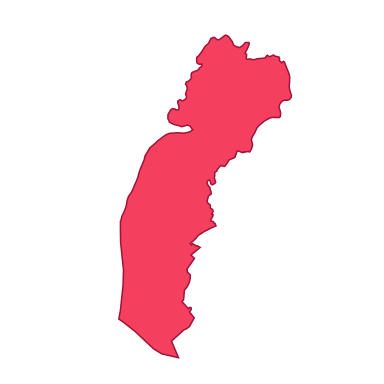 Menbij, Aleppo, Syria (Equal Earth projection), rotated 25°
{"feature_id": "27442178B68936835306318", "entity_name": "Menbij", "entity_type": "district", "adm_level": 2, "iso_a3": "SYR", "parent_name": "Syria", "parent_adm1": "Aleppo", "projection": "equal_earth", "projection_center": [38.131, 36.027], "detail": "fine", "context": "isolated", "style": "filled", "palette": "rose", "viewbox_px": 384, "rotation_deg": 25, "n_neighbors": 0, "source": "geoboundaries", "source_scale": "gbopen_adm2", "svg_char_len": 5825}
<svg xmlns="http://www.w3.org/2000/svg" viewBox="0 0 384 384"><g transform="rotate(25 192 192)"><path d="M134.2,179.3L135.0,182.8L135.2,186.8L135.3,190.9L135.3,191.0L135.3,191.7L135.7,195.4L135.9,197.4L136.7,201.5L137.0,205.5L137.0,209.9L137.2,213.4L137.2,217.9L136.6,221.3L136.3,222.8L136.5,224.6L136.7,226.6L137.2,228.4L137.6,229.7L138.3,232.8L138.5,234.8L138.7,236.1L138.8,240.3L138.7,243.8L139.5,247.1L139.5,248.8L143.0,256.3L148.6,267.9L162.9,291.7L169.1,306.1L177.3,330.1L179.4,338.2L184.1,338.8L196.3,341.7L199.6,342.5L223.5,350.4L232.9,351.5L249.8,347.9L236.4,335.8L242.9,320.5L244.9,318.1L246.6,314.9L247.2,305.1L240.5,301.8L240.9,298.7L240.8,298.4L240.8,298.2L240.6,297.9L240.4,297.6L240.1,297.4L239.9,297.4L239.7,297.3L239.4,297.3L239.2,297.3L238.8,297.5L238.6,297.6L238.4,297.9L238.0,299.3L229.3,295.6L229.9,293.1L226.6,284.2L226.9,283.4L227.1,282.6L227.3,281.8L227.5,280.9L227.6,280.1L227.7,279.2L227.7,278.4L227.8,277.7L227.8,276.9L227.7,276.0L227.7,275.2L227.6,274.5L227.5,273.7L227.3,272.8L227.1,272.0L226.9,271.3L226.6,270.4L226.3,269.6L226.0,268.8L225.5,267.9L221.2,266.3L221.0,265.0L220.0,264.5L222.3,251.1L217.7,249.6L222.8,238.8L219.3,238.5L218.8,239.0L214.5,238.6L214.1,240.2L212.2,239.5L215.0,232.9L216.0,228.7L220.0,222.4L224.8,216.2L228.1,212.6L226.3,210.8L225.9,210.9L225.6,210.9L225.3,210.8L225.1,210.8L224.9,210.6L224.7,210.5L224.5,210.3L224.2,210.1L223.9,210.0L223.6,209.9L223.2,209.9L222.9,210.0L221.3,210.3L220.7,209.0L221.0,206.8L221.2,205.6L220.8,204.3L220.9,204.1L220.8,203.9L220.7,203.6L220.4,203.5L220.1,203.5L219.8,203.7L219.6,203.8L219.4,203.7L219.2,203.6L219.1,203.3L219.1,203.2L219.4,201.3L219.3,200.5L218.7,199.7L218.4,199.4L218.1,199.2L217.8,199.1L217.4,199.0L217.1,199.0L216.6,199.1L216.2,199.0L215.8,198.9L215.6,198.8L215.4,198.6L215.2,198.3L214.9,198.0L214.8,197.6L214.6,197.0L214.5,196.8L214.4,196.6L214.3,196.4L214.1,196.3L213.9,196.1L213.7,195.9L213.4,195.8L213.1,195.6L212.9,195.6L212.5,195.6L212.1,195.6L211.6,195.5L211.2,195.4L210.8,195.1L210.5,194.9L210.2,194.6L209.9,194.2L209.6,193.8L209.4,193.3L208.6,188.5L209.4,187.2L210.3,185.7L209.2,183.8L206.9,181.4L206.5,180.5L205.4,179.9L204.7,179.6L204.0,179.2L203.5,178.9L202.8,178.4L202.6,178.3L202.4,178.1L202.2,178.0L202.0,177.8L201.9,177.6L201.8,177.4L201.7,177.1L201.6,176.9L201.6,176.7L201.5,176.4L201.5,176.1L201.5,175.8L201.8,174.5L202.4,174.0L203.5,174.1L203.9,174.5L205.5,176.6L206.0,176.8L206.5,176.9L206.9,176.9L207.3,176.8L207.6,176.7L207.9,176.5L209.3,173.9L209.4,173.2L207.2,170.8L206.0,169.3L205.9,168.0L204.8,165.6L204.7,165.4L204.6,165.2L204.5,164.8L204.5,164.6L204.6,164.2L204.8,163.8L205.7,162.6L205.6,162.1L205.4,161.2L206.8,155.9L210.2,155.2L210.4,155.2L210.6,155.1L210.7,154.9L210.9,154.8L211.0,154.6L211.0,154.4L211.6,151.8L212.2,146.9L215.7,143.4L216.3,141.8L215.7,140.1L216.1,139.5L215.6,136.5L215.8,135.8L216.9,135.2L221.0,135.0L221.8,134.5L221.8,134.0L222.7,133.3L223.1,133.6L223.7,133.0L224.1,132.7L224.6,132.3L225.2,132.0L225.7,131.7L226.2,131.5L226.5,131.5L226.8,131.5L227.1,131.4L227.4,131.3L227.6,128.2L227.4,125.0L226.6,123.1L223.6,119.4L223.4,116.3L223.8,111.3L223.8,106.1L225.4,101.8L227.7,96.9L231.1,92.3L233.3,90.4L239.0,88.0L239.2,87.9L239.5,87.7L239.7,87.4L239.9,87.1L240.0,86.7L240.1,86.4L240.1,86.0L240.0,85.8L239.8,85.2L239.6,84.6L239.4,83.9L239.1,83.4L238.8,82.8L238.4,82.3L238.1,81.7L237.7,81.3L237.4,80.9L237.0,80.5L236.6,80.1L236.2,79.7L235.7,79.4L235.4,78.9L235.1,78.4L235.0,78.0L234.8,77.6L234.7,77.2L234.6,76.8L234.6,76.4L234.5,75.9L234.5,75.5L234.5,75.1L234.6,74.5L234.7,73.9L234.8,73.4L234.9,73.0L235.0,72.6L235.2,72.1L235.4,71.6L235.7,71.2L236.0,70.8L236.3,70.5L236.6,70.2L237.0,69.9L237.4,69.6L237.7,69.4L238.1,69.3L238.4,69.1L238.8,69.0L239.1,68.9L239.5,68.7L239.8,68.5L240.1,68.2L240.5,67.9L240.8,67.6L241.0,67.2L241.3,66.7L241.5,66.2L241.6,65.8L241.7,65.3L241.8,64.8L241.8,64.3L241.7,63.8L241.6,63.4L241.5,63.0L241.4,62.7L241.3,62.4L241.1,62.1L240.2,61.2L239.4,60.4L238.6,59.5L237.9,58.7L237.1,57.7L236.4,56.8L235.8,55.8L235.2,54.8L234.9,53.9L234.7,53.1L234.4,52.3L234.1,51.5L233.6,50.1L232.6,48.0L232.2,47.0L231.7,46.1L231.1,45.3L230.5,44.4L229.8,43.6L229.0,42.9L222.7,37.0L221.0,35.2L219.6,34.9L218.8,37.0L215.6,35.9L215.0,34.1L213.7,32.9L210.4,33.7L209.8,33.7L209.2,33.7L208.7,33.6L207.9,33.4L205.5,36.4L203.7,36.5L202.5,36.2L202.0,36.9L201.7,39.0L201.3,39.9L197.7,42.0L194.8,43.6L192.7,45.7L189.9,46.7L188.4,46.8L187.3,47.6L186.2,48.3L185.3,48.3L184.4,47.5L184.3,46.7L183.9,45.5L183.3,44.1L181.5,43.9L181.4,41.7L181.6,40.1L181.6,38.2L181.6,36.7L181.5,35.2L181.3,33.7L181.0,33.0L180.5,32.5L179.8,32.6L177.1,34.1L176.4,36.7L175.5,38.7L173.9,41.2L172.4,41.1L171.1,41.5L169.1,41.5L167.6,41.2L165.0,38.7L162.6,37.4L160.3,36.0L157.9,35.4L155.9,35.7L155.2,37.0L154.2,38.8L153.1,41.0L152.3,42.5L150.4,43.3L147.9,42.7L146.6,42.5L145.6,43.3L144.8,44.2L144.2,44.9L144.2,48.0L144.0,50.9L142.6,53.5L142.2,55.2L141.4,61.5L140.5,65.4L140.2,66.7L139.6,67.3L139.4,67.9L140.1,69.8L141.0,71.5L141.6,72.4L142.3,73.1L143.5,73.2L144.7,73.1L146.0,72.6L146.7,71.9L147.7,73.4L147.0,75.4L146.3,76.5L145.9,78.9L145.4,79.7L143.7,81.3L142.1,83.0L141.4,84.1L141.4,85.2L142.1,87.2L143.0,88.0L143.1,89.7L142.9,90.8L141.6,93.7L140.5,94.3L140.5,97.0L141.7,97.6L142.6,98.3L144.0,100.3L144.6,104.3L144.8,106.1L146.4,107.5L147.0,108.4L147.0,110.3L145.3,113.0L144.5,113.5L142.1,113.4L140.7,115.7L141.8,117.9L143.1,118.8L145.0,121.7L145.0,123.3L142.7,124.3L141.5,124.0L138.8,124.9L137.9,126.8L137.5,132.0L139.2,135.8L141.0,137.0L142.0,138.3L143.9,138.4L147.4,138.4L151.4,137.5L155.0,137.2L157.9,134.8L159.6,133.3L162.4,133.1L164.3,134.2L165.8,135.2L166.4,135.3L164.4,138.6L159.8,142.1L153.9,144.4L146.8,148.3L146.1,149.0L145.5,149.7L144.8,150.4L144.2,151.2L143.6,152.2L142.9,153.3L139.4,160.1L137.8,164.0L135.1,169.9L134.4,176.9L134.2,179.3Z" fill="#f43f5e" stroke="#9f1239" stroke-width="1.5"/></g></svg>